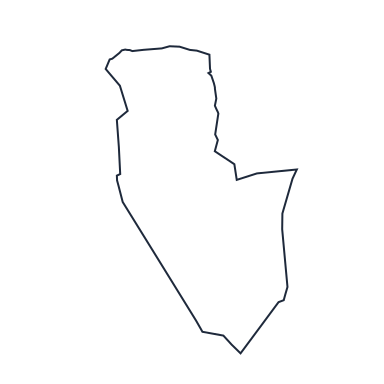 outline of Baw, Blue Nile, Sudan, rotated 290°
{"feature_id": "16777658B5498813311295", "entity_name": "Baw", "entity_type": "district", "adm_level": 2, "iso_a3": "SDN", "parent_name": "Sudan", "parent_adm1": "Blue Nile", "projection": "mercator", "projection_center": [33.983, 11.162], "detail": "fine", "context": "isolated", "style": "outline", "palette": "slate", "viewbox_px": 384, "rotation_deg": 290, "n_neighbors": 0, "source": "geoboundaries", "source_scale": "gbopen_adm2", "svg_char_len": 914}
<svg xmlns="http://www.w3.org/2000/svg" viewBox="0 0 384 384"><g transform="rotate(290 192 192)"><path d="M327.0,161.4L326.5,148.2L324.8,141.4L324.3,130.6L321.3,121.1L316.6,114.5L309.1,98.0L304.0,87.7L304.1,85.0L303.3,82.4L303.0,80.5L301.1,77.6L297.8,76.2L290.0,71.5L288.4,69.3L278.1,68.8L275.5,73.3L267.2,87.9L246.2,103.8L234.1,96.7L209.2,107.9L184.3,118.4L181.7,115.8L177.3,117.6L172.6,120.9L158.9,130.3L119.1,180.8L72.7,239.6L66.8,246.6L64.2,249.6L67.8,270.6L62.1,281.5L57.0,292.8L88.8,302.3L111.4,309.0L118.1,311.0L121.7,315.2L127.9,314.7L135.4,314.2L187.8,289.5L202.7,284.3L238.9,281.9L249.0,282.8L231.7,246.7L218.7,229.9L232.6,222.3L238.1,199.5L249.7,198.5L254.0,194.1L273.4,190.2L274.6,190.0L276.0,188.9L278.3,186.5L280.9,184.0L288.1,182.9L296.9,178.2L298.0,177.8L299.3,177.0L301.8,175.3L307.9,170.4L309.4,166.8L311.4,168.6L313.9,166.8L327.0,161.4Z" fill="none" stroke="#1e293b" stroke-width="2"/></g></svg>